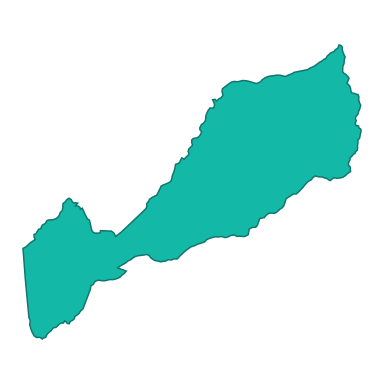 the district of João Lisboa, Maranhão, Brazil
{"feature_id": "56859067B36370220968900", "entity_name": "João Lisboa", "entity_type": "district", "adm_level": 2, "iso_a3": "BRA", "parent_name": "Brazil", "parent_adm1": "Maranhão", "projection": "mercator", "projection_center": [-47.137, -5.24], "detail": "fine", "context": "isolated", "style": "filled", "palette": "teal", "viewbox_px": 384, "rotation_deg": 0, "n_neighbors": 0, "source": "geoboundaries", "source_scale": "gbopen_adm2", "svg_char_len": 4438}
<svg xmlns="http://www.w3.org/2000/svg" viewBox="0 0 384 384"><path d="M200.9,133.7L199.9,135.4L198.8,136.7L196.8,138.0L194.9,138.1L193.2,138.6L191.7,140.0L191.8,142.8L192.5,145.2L190.6,147.3L188.7,149.1L188.1,151.4L189.0,153.5L188.3,155.1L186.7,156.5L184.1,159.2L181.9,157.8L180.8,159.6L179.9,162.0L178.0,163.6L175.6,164.3L174.8,168.8L173.7,172.2L173.0,174.0L172.1,176.5L171.9,178.7L170.7,181.4L168.8,182.6L166.9,183.5L164.9,184.4L162.8,185.1L160.9,186.3L160.3,188.1L159.2,190.1L158.2,192.4L156.6,195.3L154.2,196.3L151.6,197.8L149.5,199.3L148.8,201.0L146.8,203.6L146.8,206.1L146.3,208.2L139.0,215.3L135.9,218.2L133.2,220.8L120.7,232.6L115.6,236.4L113.8,232.9L111.2,231.0L109.4,231.1L105.2,230.8L100.4,230.7L100.3,232.9L98.1,233.1L94.4,233.1L92.4,231.5L91.4,229.2L90.3,223.6L89.4,220.1L87.4,218.8L86.0,216.2L84.2,212.5L83.3,210.3L82.2,208.2L80.4,209.2L80.0,207.5L78.3,206.1L75.4,205.9L77.7,203.2L75.5,202.7L73.8,203.0L72.1,201.5L71.3,199.6L69.0,198.2L66.5,199.9L65.5,201.6L63.0,203.6L62.8,207.2L62.2,210.7L60.2,212.5L59.5,214.7L58.6,216.4L56.3,218.5L52.4,219.9L48.9,219.9L47.1,220.5L45.2,223.5L42.4,225.0L41.3,226.9L40.9,228.6L38.7,229.3L37.0,231.9L36.0,233.8L34.0,234.5L34.1,237.0L35.1,239.6L33.4,240.7L30.3,242.8L29.0,244.0L25.8,246.9L23.0,248.4L25.4,280.0L28.1,308.8L28.7,315.1L29.0,318.0L30.3,320.7L29.7,324.7L30.9,328.8L32.0,331.9L32.9,333.6L34.0,335.7L36.5,337.5L39.9,337.3L42.4,339.1L43.6,337.8L45.6,337.4L47.1,334.3L49.2,332.2L51.0,330.9L53.3,327.8L55.9,327.4L57.8,325.7L59.1,324.2L60.9,323.2L63.5,323.0L64.7,320.8L66.1,321.8L67.2,323.5L69.3,323.7L70.2,321.5L72.6,320.3L74.2,318.9L74.9,316.5L77.5,314.7L79.1,313.3L80.0,311.8L81.6,310.1L83.0,308.7L90.4,289.3L90.9,285.8L93.3,284.4L94.4,282.2L96.2,280.8L98.6,280.2L102.0,280.7L105.4,280.7L108.0,280.0L110.0,279.5L112.6,279.7L115.8,279.0L118.0,278.1L119.7,277.3L121.8,275.2L124.1,273.6L126.3,271.1L117.7,267.9L120.3,265.9L123.2,264.3L125.8,262.9L127.8,261.0L130.8,259.7L133.3,257.7L135.0,256.7L137.2,255.9L141.5,255.3L143.9,255.0L147.1,254.5L149.4,255.8L150.3,257.3L152.1,258.9L154.8,260.5L158.6,261.2L160.8,261.9L162.9,261.3L165.4,261.2L168.1,259.7L170.0,259.9L171.8,259.9L174.1,258.8L176.8,259.1L178.3,258.0L179.3,256.5L182.1,254.0L184.2,252.0L186.9,249.7L188.4,248.7L190.7,247.0L194.5,245.7L197.8,244.1L200.3,243.4L202.5,242.7L204.8,241.8L206.5,239.8L208.7,238.7L210.4,238.1L215.1,236.8L217.8,237.0L220.5,236.7L222.4,236.6L225.1,237.6L227.8,237.0L230.3,235.7L232.5,235.1L234.6,235.1L236.9,236.4L240.4,236.2L244.3,236.6L246.2,235.8L248.2,234.7L248.7,231.8L249.2,229.1L252.3,227.4L255.8,227.2L257.4,225.3L258.7,221.6L259.7,218.6L262.5,217.9L264.3,217.6L265.9,215.6L268.3,213.5L270.9,213.0L274.2,213.4L276.5,212.4L279.9,209.2L281.4,208.4L283.3,206.5L284.6,203.8L285.3,201.4L285.9,199.0L288.1,197.3L290.4,196.0L293.4,194.0L296.2,194.0L297.7,192.7L299.2,191.4L300.7,189.8L302.7,187.7L304.6,185.2L307.7,181.9L309.4,180.7L311.2,179.9L312.7,177.8L314.8,176.0L316.9,176.3L318.9,176.9L321.7,176.9L325.2,178.1L327.1,178.6L328.7,179.9L330.3,180.6L331.7,179.3L334.0,177.7L336.5,178.2L338.3,178.2L340.3,177.9L343.0,177.2L345.3,175.7L347.7,173.5L350.5,171.6L350.4,169.0L350.3,167.1L348.5,165.0L348.5,162.7L349.8,160.3L350.2,157.6L351.9,156.2L353.3,154.2L355.0,153.5L355.7,151.5L357.3,150.3L357.6,148.2L357.5,145.6L357.9,143.3L357.9,140.2L359.6,138.2L360.4,133.8L361.0,131.6L360.9,129.2L358.9,127.8L358.5,125.9L356.0,125.5L355.3,123.2L356.2,120.7L355.4,118.8L355.9,116.5L357.9,114.3L358.6,111.5L359.8,108.8L360.7,105.2L359.4,102.5L358.7,99.6L358.9,97.0L358.2,94.7L355.8,94.1L354.1,93.3L351.9,93.0L351.0,91.5L350.6,88.8L349.8,86.1L347.1,83.3L347.8,81.2L349.1,78.2L347.6,76.2L345.7,74.3L343.6,73.1L342.6,71.5L342.9,65.9L344.0,63.8L344.3,59.7L345.1,57.0L343.1,52.7L342.2,49.4L342.4,47.4L341.5,45.8L339.1,44.9L337.8,48.1L335.2,49.9L334.1,51.5L330.7,52.9L327.1,56.2L325.8,58.7L324.0,59.2L322.2,60.9L319.9,62.0L314.0,66.4L309.9,68.1L307.7,69.6L294.0,72.4L292.2,73.6L288.5,75.0L285.5,76.5L282.5,75.8L279.9,75.2L277.2,75.1L272.3,75.9L270.2,76.0L267.4,76.7L264.3,78.3L262.2,79.8L260.5,81.7L257.3,83.4L255.5,83.3L248.4,81.2L246.0,80.7L242.6,80.5L237.7,81.8L234.2,81.4L231.7,82.0L229.9,83.1L224.9,86.8L222.3,89.0L222.0,91.3L222.9,95.5L221.1,97.8L219.2,98.6L216.3,101.0L215.0,99.3L212.6,99.7L214.3,103.5L214.5,105.4L213.6,108.0L210.0,108.0L207.9,110.8L205.9,115.5L205.4,120.6L203.5,123.3L201.5,124.4L199.8,127.8L200.0,130.0L201.6,131.6L200.9,133.7Z" fill="#14b8a6" stroke="#0f766e" stroke-width="1.5"/></svg>